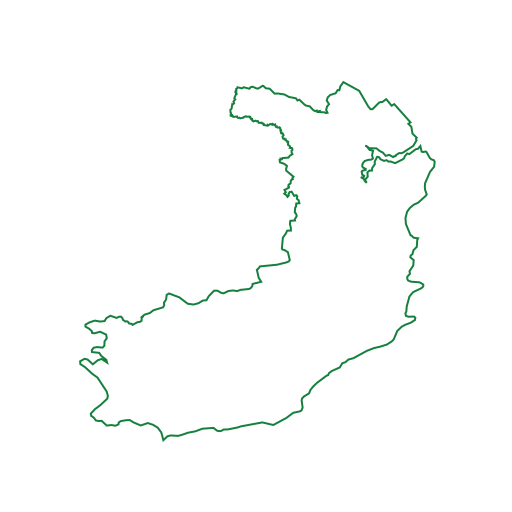 Temeke, Dar-Es-Salaam, United Republic of Tanzania (Robinson projection), rotated 78°
{"feature_id": "72390352B94835751472469", "entity_name": "Temeke", "entity_type": "district", "adm_level": 2, "iso_a3": "TZA", "parent_name": "United Republic of Tanzania", "parent_adm1": "Dar-Es-Salaam", "projection": "robinson", "projection_center": [39.284, -6.996], "detail": "fine", "context": "isolated", "style": "outline", "palette": "green", "viewbox_px": 512, "rotation_deg": 78, "n_neighbors": 0, "source": "geoboundaries", "source_scale": "gbopen_adm2", "svg_char_len": 6087}
<svg xmlns="http://www.w3.org/2000/svg" viewBox="0 0 512 512"><g transform="rotate(78 256 256)"><path d="M173.7,74.2L168.9,77.5L161.9,77.2L158.4,79.5L157.4,77.1L136.2,89.2L137.2,92.1L129.7,96.0L131.7,100.6L131.3,102.0L131.6,103.8L136.6,111.5L136.2,113.5L132.8,115.2L115.9,120.7L104.1,134.4L107.6,138.2L111.2,140.0L110.7,141.7L113.4,144.3L113.9,149.8L115.7,152.8L118.6,154.5L122.7,153.0L124.5,155.4L127.7,157.0L130.8,156.3L130.8,157.7L129.7,159.2L128.1,165.2L127.4,164.2L127.3,166.0L126.4,166.2L126.6,168.1L125.0,169.8L120.8,172.3L119.2,175.9L118.1,177.0L112.1,181.1L112.5,183.1L110.0,184.2L107.3,190.7L104.0,194.5L101.7,200.5L101.0,204.1L96.0,207.3L95.1,208.1L94.0,211.5L91.2,213.4L90.9,214.2L92.7,219.0L92.2,220.6L89.8,224.0L89.7,226.0L91.0,227.7L88.4,232.9L89.1,234.9L87.1,239.0L88.1,239.6L88.5,240.7L90.3,240.9L90.2,241.5L91.3,242.1L91.9,242.0L91.8,241.4L93.5,241.2L93.8,242.0L96.7,244.2L97.6,244.4L98.4,243.7L100.3,246.0L102.1,245.7L103.0,247.4L102.7,247.7L106.9,249.3L107.7,250.7L110.5,251.1L111.0,250.7L113.4,251.7L114.0,250.8L113.0,250.8L113.1,250.1L115.2,249.2L115.6,245.6L116.1,245.8L117.3,244.7L117.3,243.4L118.0,242.9L118.1,239.5L117.6,239.2L117.2,236.9L117.8,236.4L118.2,233.6L118.8,233.4L118.8,232.7L120.1,232.7L120.6,231.9L121.0,232.4L121.8,231.9L121.7,231.3L123.2,231.2L123.8,230.5L123.5,228.5L124.4,227.3L124.3,226.2L126.3,225.7L126.7,223.0L127.2,223.0L127.7,221.7L128.4,221.6L128.4,221.0L129.5,221.1L130.8,217.9L130.3,217.5L130.9,217.2L129.9,214.7L130.5,213.6L130.2,213.0L131.1,212.6L131.2,211.9L130.7,211.8L131.7,210.7L131.4,209.9L133.5,209.8L133.6,208.8L134.3,208.9L135.0,208.0L135.0,206.2L136.0,205.7L136.5,206.0L138.1,205.3L138.4,206.0L140.7,205.9L140.7,205.4L141.5,205.4L141.5,204.5L143.5,203.9L144.8,205.3L146.3,205.2L147.0,204.9L147.1,203.8L147.7,203.8L148.1,202.7L148.9,203.0L150.8,200.9L151.4,201.6L152.2,201.0L153.9,201.6L155.5,200.1L156.6,199.9L157.3,200.4L157.8,198.5L159.2,198.2L159.9,198.4L160.3,199.3L161.9,199.7L164.0,199.2L164.8,201.9L166.5,203.8L165.7,209.9L166.3,210.6L166.1,211.3L166.8,211.0L166.9,212.9L169.4,213.1L171.7,209.2L174.3,207.0L177.4,208.6L178.9,208.6L186.3,202.8L187.4,204.2L188.6,204.1L188.7,205.3L189.8,206.4L192.2,207.1L193.0,209.3L194.7,209.9L195.1,209.4L196.0,209.6L197.3,214.4L199.8,213.6L200.9,215.4L202.8,213.7L204.7,212.9L203.7,211.4L202.2,211.3L200.5,209.9L200.5,207.8L205.2,206.1L204.8,204.1L206.1,203.2L208.5,204.1L210.4,202.7L213.4,202.6L213.0,205.7L216.0,206.6L216.8,207.6L221.5,209.0L222.9,208.1L225.3,207.8L228.3,210.5L229.4,210.5L228.7,215.1L231.8,216.2L235.2,216.0L238.4,216.6L237.7,220.2L240.5,222.4L243.6,225.9L254.3,229.2L255.2,228.8L256.0,227.0L258.9,224.0L267.0,223.8L268.1,225.0L268.6,227.6L268.9,237.2L267.0,254.3L269.1,256.7L269.6,258.0L277.8,257.9L282.3,256.3L282.6,265.1L284.8,266.0L286.4,268.0L286.8,269.8L285.9,278.1L286.4,281.7L284.9,285.8L284.5,290.2L285.8,295.5L284.6,298.0L281.9,300.9L281.2,304.2L285.5,310.6L289.0,313.7L288.5,317.3L290.2,322.0L290.5,327.1L288.5,332.7L280.5,339.6L274.6,348.8L275.4,351.4L279.9,353.0L282.7,355.8L285.0,356.0L286.9,357.6L287.7,367.5L289.7,371.7L290.2,377.3L291.8,380.2L292.1,379.7L292.8,380.7L295.6,381.4L296.3,383.5L296.1,385.8L297.7,391.1L296.6,391.6L295.5,394.3L293.9,394.8L293.0,395.8L293.0,397.3L290.8,399.4L288.7,399.7L287.3,400.6L286.9,402.7L287.6,405.2L284.2,410.8L285.6,415.2L288.2,417.7L287.7,422.1L285.7,427.1L286.3,432.7L287.7,437.1L289.6,437.5L292.7,434.1L295.5,432.2L297.2,432.3L298.0,430.2L297.7,424.2L301.7,418.9L305.5,419.1L308.0,421.9L312.3,423.0L313.7,425.1L312.0,430.6L312.0,433.9L314.0,436.2L315.9,436.4L318.1,429.5L321.6,428.1L326.5,424.0L329.3,423.8L324.6,428.4L325.1,432.5L328.0,438.1L322.3,442.2L320.9,445.0L322.4,449.9L325.2,450.3L329.1,446.4L337.0,440.8L342.0,436.3L357.6,430.2L362.2,430.0L364.7,431.2L369.8,439.8L372.3,445.3L375.9,450.4L378.1,450.4L380.6,448.1L383.5,446.9L384.6,444.6L385.2,441.2L390.8,437.3L391.3,432.6L392.8,428.7L392.1,425.5L390.2,424.8L389.4,422.5L389.6,417.4L390.2,413.7L393.3,410.4L397.8,404.0L396.9,396.6L399.7,391.8L403.5,387.8L409.0,385.3L416.9,384.9L413.9,380.0L413.8,376.7L415.7,369.8L415.6,366.3L414.7,359.0L414.9,352.2L413.8,344.2L415.3,333.3L418.7,330.5L419.7,328.3L419.8,326.0L419.0,323.8L419.8,319.5L419.9,309.8L419.5,306.3L420.1,284.4L424.9,274.2L420.7,259.9L417.1,252.2L417.1,245.6L416.6,243.7L414.0,241.9L406.8,241.4L405.0,240.6L403.4,238.4L401.4,232.6L398.4,230.7L395.6,227.3L392.8,222.8L387.7,211.8L387.5,210.2L385.8,209.0L384.3,206.0L382.4,197.2L378.8,193.9L378.5,190.7L376.5,187.2L376.2,182.0L371.8,167.2L370.6,159.7L370.5,153.3L369.8,146.3L367.6,140.6L366.0,138.5L358.7,133.4L355.5,128.3L354.4,124.8L353.4,118.4L351.6,113.8L349.5,113.0L348.1,114.0L347.1,119.5L345.7,121.8L343.2,121.8L341.3,120.4L336.8,119.1L327.6,114.4L326.1,112.6L324.0,109.8L322.0,101.3L320.9,99.2L319.7,98.4L318.6,98.4L315.8,101.4L313.3,109.8L311.6,112.3L309.9,112.8L307.7,112.3L305.4,109.1L302.8,109.0L298.1,104.2L292.8,102.6L289.4,105.3L287.7,104.6L286.7,102.6L283.0,100.7L280.5,96.8L273.7,94.9L272.4,93.8L270.9,98.0L268.4,99.6L268.0,100.5L255.9,102.7L249.9,101.9L244.1,99.0L241.0,95.5L238.6,91.0L237.6,86.4L232.4,77.3L231.1,76.2L226.7,76.8L223.5,76.5L220.0,75.5L209.9,68.3L205.7,63.2L200.9,61.6L199.2,62.2L197.9,64.4L196.2,65.6L189.8,67.6L189.1,68.3L189.0,71.2L188.3,72.3L182.6,72.4L184.8,75.3L184.8,77.5L188.2,84.8L187.2,86.8L189.5,89.9L191.2,90.8L192.0,92.5L194.1,100.6L191.5,104.8L191.2,106.8L189.4,108.4L189.6,111.0L187.1,114.2L184.9,115.1L184.2,116.9L188.4,120.3L191.0,120.7L194.0,124.0L196.6,124.9L196.0,127.2L197.4,129.7L201.6,130.2L204.2,133.6L207.5,132.5L205.3,134.0L203.1,134.5L200.7,137.1L201.3,135.7L201.2,134.2L200.0,133.5L198.6,135.2L195.5,135.1L194.7,134.3L194.6,130.8L193.6,130.6L191.8,132.9L190.6,133.4L188.9,133.1L187.1,131.8L185.7,129.9L185.3,126.4L185.7,123.1L185.0,121.4L181.4,121.5L177.4,119.6L175.9,122.8L171.9,124.8L171.0,126.2L171.3,125.2L174.2,122.7L175.7,115.9L179.2,113.0L181.1,110.5L185.0,108.3L184.8,104.6L187.8,101.3L187.1,100.1L187.5,99.5L187.1,98.4L186.4,98.1L185.1,94.6L185.7,92.3L185.4,90.6L181.0,79.3L176.2,74.9L174.7,75.2L173.7,74.2Z" fill="none" stroke="#15803d" stroke-width="2"/></g></svg>